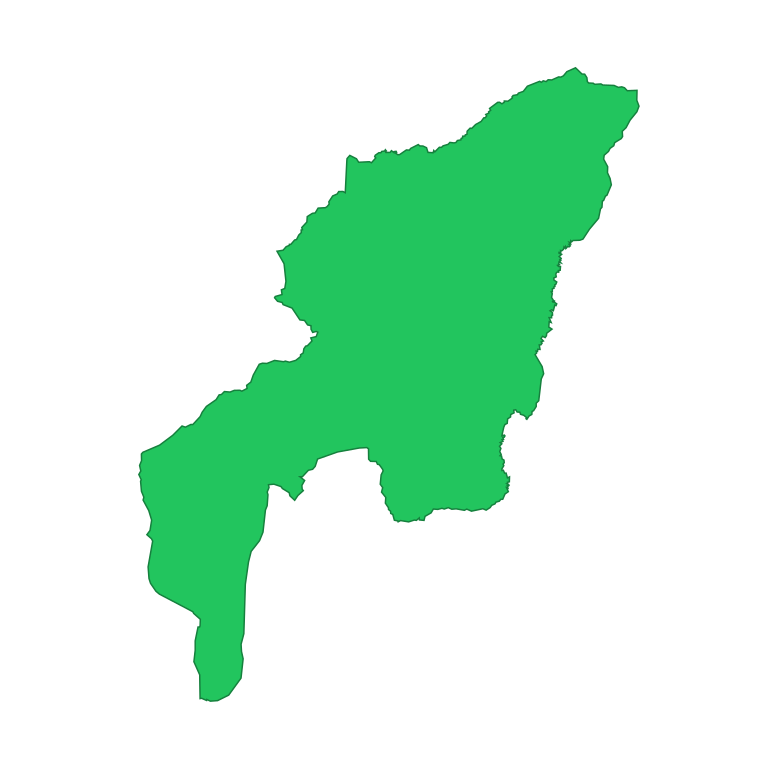 Kishapu, Shinyanga, United Republic of Tanzania (Mercator projection), rotated 273°
{"feature_id": "72390352B32869277898143", "entity_name": "Kishapu", "entity_type": "district", "adm_level": 2, "iso_a3": "TZA", "parent_name": "United Republic of Tanzania", "parent_adm1": "Shinyanga", "projection": "mercator", "projection_center": [33.788, -3.68], "detail": "fine", "context": "isolated", "style": "filled", "palette": "green", "viewbox_px": 768, "rotation_deg": 273, "n_neighbors": 0, "source": "geoboundaries", "source_scale": "gbopen_adm2", "svg_char_len": 6136}
<svg xmlns="http://www.w3.org/2000/svg" viewBox="0 0 768 768"><g transform="rotate(273 384 384)"><path d="M58.2,227.2L59.1,234.4L65.2,245.2L82.8,256.6L102.2,257.7L109.4,255.7L116.6,254.9L127.3,257.1L176.7,256.0L199.2,258.0L209.9,260.1L221.0,267.9L229.7,270.9L252.0,272.2L256.3,273.7L267.4,273.9L270.0,273.0L274.6,274.6L277.4,273.9L278.2,279.3L276.2,286.5L274.3,288.0L270.5,295.0L267.4,295.9L263.2,300.9L268.2,303.9L273.3,309.0L274.7,307.8L278.4,307.3L283.5,309.8L287.0,304.9L287.2,307.4L293.9,313.0L295.1,317.2L298.2,319.6L305.6,321.6L313.7,341.2L318.8,362.7L319.6,370.2L318.5,371.9L308.1,372.6L306.1,374.6L306.2,380.3L303.5,381.7L303.2,383.5L299.0,386.9L297.2,387.7L293.1,385.9L283.7,385.5L280.5,388.1L275.9,387.2L270.8,391.7L265.1,391.6L260.7,394.9L258.9,395.1L257.3,397.2L255.1,397.5L254.2,399.6L248.5,401.5L248.0,404.9L247.1,405.3L248.5,407.7L247.6,415.8L249.7,421.4L249.5,423.5L252.1,426.2L250.1,426.5L249.9,431.1L254.0,431.9L257.8,437.8L261.7,439.8L261.6,444.3L262.9,448.4L262.3,450.7L263.9,454.7L262.5,458.2L263.1,462.6L262.1,470.9L263.4,473.2L261.6,478.0L264.6,489.3L263.4,492.6L266.2,496.5L268.5,497.9L270.1,501.1L271.9,502.0L273.0,505.3L274.9,506.6L275.1,508.6L280.5,510.6L283.0,513.8L286.9,511.8L286.5,513.2L288.8,512.4L288.7,513.7L289.5,514.2L290.8,512.0L291.0,512.8L292.3,512.4L292.9,514.3L297.8,514.2L296.7,512.2L301.4,510.6L301.3,509.1L304.1,507.7L303.8,506.3L305.5,506.2L308.7,507.9L310.3,507.1L311.7,508.2L314.3,507.8L315.3,505.9L318.3,505.1L318.5,503.7L319.8,504.7L322.6,503.1L325.8,504.1L327.9,502.6L330.4,504.8L331.6,503.1L332.9,505.8L334.6,504.8L334.9,506.3L336.9,505.4L337.2,506.9L338.5,507.5L339.3,506.8L338.5,504.4L347.3,505.9L349.9,506.9L351.1,509.1L355.7,509.3L357.7,512.1L360.1,512.1L362.0,515.4L364.7,514.9L365.2,516.9L363.0,518.4L362.9,521.2L360.9,521.9L360.1,525.2L358.0,528.0L356.8,527.6L356.2,528.5L359.7,530.6L361.3,533.2L364.3,533.3L365.2,534.8L369.5,537.2L372.8,537.0L375.4,539.4L397.3,540.8L402.6,542.9L409.7,541.0L421.3,533.3L422.9,534.8L424.8,534.2L424.6,535.6L426.7,535.7L426.7,538.0L431.2,537.0L431.3,538.6L433.0,539.7L434.3,538.8L435.3,540.9L437.6,538.4L439.9,539.8L438.8,542.5L440.7,543.7L443.2,543.8L447.6,548.9L449.5,545.6L454.9,545.7L454.2,547.7L458.9,545.4L458.9,547.9L461.3,547.8L461.6,548.7L464.4,548.4L465.8,546.0L466.9,547.6L466.1,549.3L471.7,550.4L471.3,551.7L473.1,552.3L474.5,550.0L475.6,549.9L474.6,548.6L475.1,548.0L476.2,548.9L479.2,546.8L483.0,547.3L484.8,546.2L485.0,547.3L487.9,547.1L488.4,548.7L489.7,548.4L490.3,549.6L492.0,549.3L492.4,550.3L494.9,551.2L496.7,548.3L498.7,548.0L500.0,550.4L502.9,549.8L504.4,550.5L505.2,552.1L504.4,552.9L506.4,552.2L506.8,554.0L510.5,554.1L510.5,552.2L511.6,551.1L512.3,553.0L513.2,552.1L514.8,552.4L514.3,554.2L515.7,552.8L516.5,554.0L517.7,552.5L517.4,553.9L518.7,554.4L520.4,552.2L522.8,554.6L523.8,551.9L524.6,551.9L524.4,553.6L526.6,553.3L526.3,554.5L527.8,556.1L530.3,556.6L528.9,557.8L530.7,558.1L529.3,559.0L531.0,560.2L530.6,561.6L531.7,562.8L533.2,561.4L533.5,563.0L535.0,561.8L534.6,562.9L536.8,563.0L535.9,564.0L537.2,565.3L537.8,572.0L539.1,575.1L549.4,581.1L560.7,589.6L570.1,591.0L571.9,592.4L578.0,592.5L578.8,593.7L583.2,595.3L584.2,596.8L594.8,600.6L601.1,599.0L606.7,596.1L612.7,596.0L620.0,591.6L624.0,591.9L628.0,596.0L631.1,597.4L634.0,601.0L637.1,601.7L641.5,608.1L643.6,609.3L648.8,608.7L652.6,612.3L660.3,615.9L669.1,622.3L674.8,624.1L680.6,621.6L690.5,621.3L689.6,611.6L692.4,608.7L693.2,605.9L692.5,602.5L694.2,598.1L694.0,586.9L695.0,585.0L694.3,578.7L695.3,577.2L695.3,572.6L696.7,571.2L700.5,570.6L703.9,568.2L703.9,565.5L709.8,558.7L705.5,550.3L701.1,547.0L699.7,544.5L699.8,542.3L696.4,535.6L696.4,532.0L694.5,530.1L695.1,527.1L693.5,525.4L694.4,523.6L688.9,511.6L683.5,507.8L681.5,503.0L679.9,502.1L678.9,497.9L677.4,496.8L676.3,497.2L672.9,493.0L672.9,489.3L671.6,489.3L670.0,487.1L671.4,484.6L671.2,482.8L664.7,475.0L662.9,476.2L661.3,474.2L660.0,474.5L658.5,471.5L657.1,472.5L655.2,471.2L655.0,469.7L651.3,467.3L647.9,461.9L643.9,458.3L644.0,456.6L640.8,453.8L637.7,453.8L637.0,452.1L635.8,451.8L635.6,449.6L633.9,449.6L633.3,448.2L631.8,448.0L631.0,444.5L629.0,443.3L628.4,441.4L628.7,437.2L626.7,435.5L624.9,430.5L623.3,429.0L623.3,426.9L618.5,422.6L619.8,421.5L617.5,420.9L617.6,415.8L622.2,414.1L623.7,410.4L623.6,407.3L624.9,405.7L620.6,398.2L618.9,397.2L618.9,394.1L613.9,387.6L613.7,385.8L615.1,383.4L616.0,384.5L617.0,383.9L616.6,381.9L615.7,381.7L617.4,379.2L615.6,378.0L615.3,373.7L616.3,373.3L616.9,374.1L618.0,373.1L616.7,372.5L616.1,369.5L614.8,368.8L614.7,366.8L612.0,363.3L610.6,362.8L609.3,363.9L604.3,359.9L605.2,357.8L604.1,347.1L607.5,344.7L610.5,337.9L607.2,335.3L605.2,335.2L573.0,335.3L574.1,332.9L573.8,328.7L571.3,327.3L569.1,322.9L563.1,319.4L560.7,319.8L558.1,317.8L557.0,316.2L556.2,309.0L551.2,306.3L550.7,303.6L547.2,298.6L541.7,298.5L536.0,293.7L533.8,294.5L533.4,293.2L530.9,293.5L528.3,291.1L523.7,289.1L523.1,287.2L518.6,283.7L518.5,282.2L517.5,282.2L516.0,279.1L512.3,276.2L511.0,270.2L498.9,277.9L481.4,280.7L474.2,279.9L472.7,276.6L468.0,277.5L465.7,270.8L464.4,270.2L461.0,273.4L460.1,278.0L458.0,279.1L455.0,288.2L443.6,296.7L443.3,301.3L439.0,304.6L438.4,308.0L434.8,308.3L431.8,310.1L432.9,313.5L432.3,315.2L427.8,313.8L426.2,308.5L423.2,309.8L418.2,305.5L417.7,303.8L414.9,302.1L410.8,301.7L408.8,299.1L407.1,299.3L403.0,294.7L400.8,288.4L401.7,284.3L401.0,282.5L401.8,273.5L398.4,266.0L398.4,261.5L397.2,258.4L386.1,253.0L378.9,250.9L375.5,246.9L372.4,247.5L369.4,242.4L370.2,240.5L369.8,234.8L367.9,230.7L368.1,225.0L365.0,222.2L364.5,219.9L359.6,217.2L352.3,207.8L346.3,203.9L341.8,202.1L333.5,195.2L333.5,193.3L330.5,187.9L331.5,184.5L321.7,175.7L311.2,163.1L303.2,146.8L301.4,145.4L294.8,145.9L289.9,144.2L284.4,145.7L280.8,143.9L275.6,146.6L274.2,146.0L264.2,147.4L258.4,150.1L255.5,149.5L245.3,155.7L235.9,159.1L225.5,158.0L221.1,155.1L217.3,159.9L215.0,161.2L189.0,158.0L177.4,159.5L172.7,161.3L165.1,167.1L162.4,170.7L146.6,205.0L144.9,206.0L139.4,212.9L133.1,213.0L131.7,212.6L131.6,211.0L117.6,208.9L108.2,209.4L96.7,208.7L83.9,215.2L60.2,216.8L60.6,218.3L58.7,223.4L59.7,223.6L58.2,227.2Z" fill="#22c55e" stroke="#15803d" stroke-width="1.5"/></g></svg>